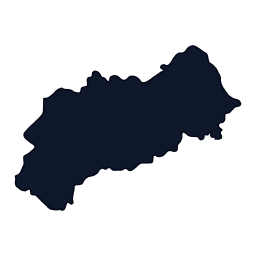 the district of Ushachy, Vitebsk, Belarus
{"feature_id": "67162791B55947192119521", "entity_name": "Ushachy", "entity_type": "district", "adm_level": 2, "iso_a3": "BLR", "parent_name": "Belarus", "parent_adm1": "Vitebsk", "projection": "orthographic", "projection_center": [28.697, 55.126], "detail": "fine", "context": "isolated", "style": "filled", "palette": "ink", "viewbox_px": 256, "rotation_deg": 0, "n_neighbors": 0, "source": "geoboundaries", "source_scale": "gbopen_adm2", "svg_char_len": 5561}
<svg xmlns="http://www.w3.org/2000/svg" viewBox="0 0 256 256"><path d="M220.2,79.7L220.3,78.1L219.9,76.4L219.3,74.9L218.1,73.0L217.3,71.1L216.2,69.0L214.9,67.6L213.3,65.9L212.1,64.8L210.8,63.9L209.4,63.0L208.7,61.9L208.3,60.7L208.1,59.7L207.7,58.0L207.4,56.2L206.8,54.5L206.2,53.7L205.4,53.1L204.0,52.4L202.5,51.4L201.0,50.3L199.2,49.0L197.6,47.9L195.5,46.7L194.4,46.3L193.1,45.9L191.7,46.1L189.8,46.8L188.4,47.7L187.5,48.7L185.8,51.1L184.3,52.5L182.9,53.1L181.5,53.2L179.8,53.2L178.5,53.5L176.3,55.0L175.3,56.3L173.3,58.8L172.4,60.7L171.0,62.7L170.1,63.8L169.5,64.5L168.4,65.4L167.0,65.9L166.0,65.8L164.9,65.1L163.8,64.9L162.8,65.0L162.0,65.3L161.1,66.1L160.8,67.2L161.0,67.9L162.0,68.7L163.8,69.6L164.5,70.2L163.8,71.1L162.2,71.7L160.5,72.6L158.7,74.0L156.6,75.3L155.3,76.4L153.8,77.2L152.4,78.2L151.2,79.4L148.9,80.7L147.0,82.0L145.6,82.5L143.4,82.9L142.0,82.9L141.1,82.2L139.4,80.1L138.9,79.3L137.2,77.9L136.1,77.3L134.5,76.6L132.6,76.3L131.1,76.4L129.8,76.7L128.7,77.6L127.8,78.6L126.7,79.4L125.5,80.3L124.0,80.4L122.7,80.4L121.9,80.0L120.7,79.2L119.9,78.6L119.1,77.7L118.3,77.1L117.1,76.3L115.6,75.8L114.2,75.8L112.8,76.1L111.5,76.7L110.5,77.3L110.1,78.6L109.9,79.4L109.6,80.9L109.3,81.6L108.5,81.9L108.0,81.9L106.8,80.9L105.8,79.7L105.1,78.9L103.8,77.9L103.1,77.8L102.2,77.7L101.6,77.4L101.1,76.5L99.9,74.6L99.1,73.4L98.0,72.4L97.2,71.8L95.3,71.3L93.9,71.6L92.8,72.7L92.5,74.4L92.2,76.1L91.9,76.9L90.8,77.4L89.9,77.5L88.3,77.9L87.6,78.9L87.4,80.8L87.6,81.9L87.7,83.8L87.6,85.0L87.1,86.6L85.2,86.9L84.0,87.1L82.9,87.5L81.8,88.0L81.4,88.9L81.2,90.3L80.7,92.0L79.9,92.9L78.8,93.2L77.4,93.0L75.3,92.7L74.3,92.4L73.0,91.6L72.1,90.9L70.5,90.2L69.1,89.8L67.9,89.8L66.5,89.6L65.1,89.6L63.6,89.3L61.7,88.3L60.9,88.5L59.8,88.9L58.6,89.4L57.4,90.1L56.3,91.1L55.2,92.1L53.6,94.0L51.5,95.6L49.8,96.9L48.6,97.7L46.5,98.5L44.2,98.6L43.9,98.6L43.9,100.1L43.8,103.1L43.8,105.3L43.7,107.3L43.6,110.0L43.6,111.6L42.7,114.2L41.0,116.4L39.8,117.7L38.4,119.2L36.7,120.7L34.9,122.6L30.4,126.6L27.2,130.0L25.2,132.3L24.3,133.5L24.1,135.0L24.3,136.2L25.1,137.6L26.0,138.5L27.1,139.6L28.7,140.8L30.7,142.5L32.0,143.2L32.7,143.8L34.1,144.7L35.0,145.9L35.1,146.9L35.0,147.8L34.2,148.8L33.3,149.8L32.1,150.7L30.2,152.5L28.7,153.6L27.1,154.6L25.7,155.3L24.8,155.8L24.0,156.6L23.9,158.6L24.1,161.0L24.3,163.7L24.2,164.5L23.3,166.3L22.6,168.1L21.9,169.6L21.0,171.8L20.0,173.3L18.7,174.7L16.5,175.7L15.4,176.2L15.9,177.8L15.8,180.6L15.5,183.2L16.0,185.2L16.9,186.5L18.6,187.8L19.5,188.6L20.7,189.4L22.7,190.3L25.1,190.7L26.2,190.3L27.2,189.5L28.6,188.9L29.6,189.0L30.5,189.9L30.8,192.1L31.0,193.7L32.0,194.5L34.1,194.7L35.0,194.7L36.3,195.4L37.6,196.7L38.3,197.3L39.2,198.3L40.7,199.8L42.2,201.4L43.6,202.6L45.1,204.1L46.9,205.6L47.7,206.7L50.2,208.8L52.2,209.2L54.6,209.6L56.8,209.7L58.7,209.4L60.6,209.4L61.7,209.6L61.9,210.1L62.3,210.1L63.5,209.6L64.3,209.0L65.0,207.4L65.4,206.0L66.0,204.3L66.4,203.2L67.1,202.3L68.0,202.2L69.1,202.2L69.7,202.9L70.4,203.6L71.4,204.0L72.4,203.4L72.8,202.7L72.7,201.2L72.3,200.0L72.3,198.5L72.4,196.8L72.7,195.4L72.9,193.8L73.3,192.2L73.7,190.1L73.9,188.2L74.0,186.3L74.7,185.2L75.7,184.6L77.0,184.5L78.3,184.5L79.7,184.3L80.5,184.1L81.7,183.7L82.2,183.2L83.3,181.2L84.5,179.3L86.0,177.9L87.5,176.9L89.0,176.3L90.7,175.9L93.0,175.4L94.4,174.8L96.1,173.7L97.3,172.7L98.4,171.1L98.8,170.0L99.6,169.3L100.7,168.5L101.5,168.2L102.5,168.0L103.4,168.2L104.4,168.8L105.1,169.0L106.4,168.8L106.9,168.2L107.9,167.6L109.2,167.4L110.1,167.6L111.3,168.4L112.1,169.4L112.8,169.9L115.1,170.1L116.6,170.0L118.8,170.0L120.7,170.0L121.8,169.9L123.1,169.2L124.2,168.5L125.3,168.2L126.8,168.5L127.5,169.1L127.9,169.4L129.2,170.4L130.5,170.4L131.9,170.0L132.9,169.2L134.1,168.4L135.8,167.0L137.3,165.5L138.1,164.8L139.9,163.4L141.6,162.9L143.3,162.8L144.9,162.8L148.8,162.8L151.3,162.6L152.3,161.9L152.5,160.9L152.7,159.3L152.7,158.2L152.9,157.0L153.1,156.0L153.8,155.3L154.7,155.1L155.5,155.0L156.2,155.2L156.6,155.8L157.1,156.2L157.9,156.4L159.1,156.5L160.6,156.3L161.9,155.9L163.3,155.2L165.5,153.1L166.1,152.2L167.4,151.2L168.5,150.5L169.9,150.3L171.5,150.5L172.7,151.0L173.9,151.2L175.2,151.1L176.4,150.7L177.0,149.7L177.1,148.7L177.1,146.7L177.3,145.3L178.2,143.7L179.0,142.8L179.8,142.0L180.4,141.0L181.1,139.3L181.8,137.7L181.6,136.0L181.7,133.8L182.0,132.7L182.8,132.0L184.2,132.0L185.5,133.0L186.3,133.6L187.2,134.2L188.4,135.3L189.6,135.7L191.2,136.2L193.1,136.3L194.5,136.3L196.0,136.3L197.8,136.6L198.6,137.2L199.1,138.1L199.6,138.9L200.5,139.6L201.5,139.6L203.0,138.8L203.6,138.2L203.9,137.1L203.9,135.9L204.1,134.8L205.1,134.4L205.9,134.5L206.8,134.9L207.9,134.5L208.3,134.3L208.6,134.0L208.6,133.1L209.1,132.5L209.9,132.5L210.7,132.8L210.8,134.5L210.8,135.5L211.3,136.7L212.0,137.0L212.9,137.1L214.0,137.0L214.8,137.3L215.5,138.6L215.4,138.9L215.6,138.9L216.8,139.0L217.8,139.0L218.6,139.0L219.9,138.6L220.6,138.3L221.1,138.2L221.5,136.7L221.3,135.7L221.0,135.3L220.2,134.0L220.1,132.8L220.4,131.4L220.7,131.0L221.7,130.3L221.6,129.8L221.6,129.4L220.0,128.5L219.1,127.5L218.2,125.8L218.4,124.6L218.8,123.8L219.8,122.8L220.7,122.6L222.0,122.3L222.8,122.1L223.4,121.8L224.3,120.4L224.6,119.4L224.6,117.7L224.6,116.6L224.8,114.7L225.0,113.8L225.7,113.1L226.7,113.1L228.7,112.8L229.6,112.3L230.8,110.9L232.7,109.1L233.5,108.0L235.0,106.9L236.5,106.4L237.2,106.2L239.0,105.9L240.0,105.1L240.6,103.8L240.1,102.5L239.2,101.0L237.7,100.1L235.4,99.4L233.0,98.8L231.9,97.9L229.8,96.8L228.1,95.3L227.1,93.9L225.6,92.0L224.5,90.3L223.7,89.1L222.3,87.0L221.6,85.2L221.0,84.1L220.4,81.5L220.1,80.4L220.2,79.7Z" fill="#0f172a" stroke="#020617" stroke-width="1.5"/></svg>